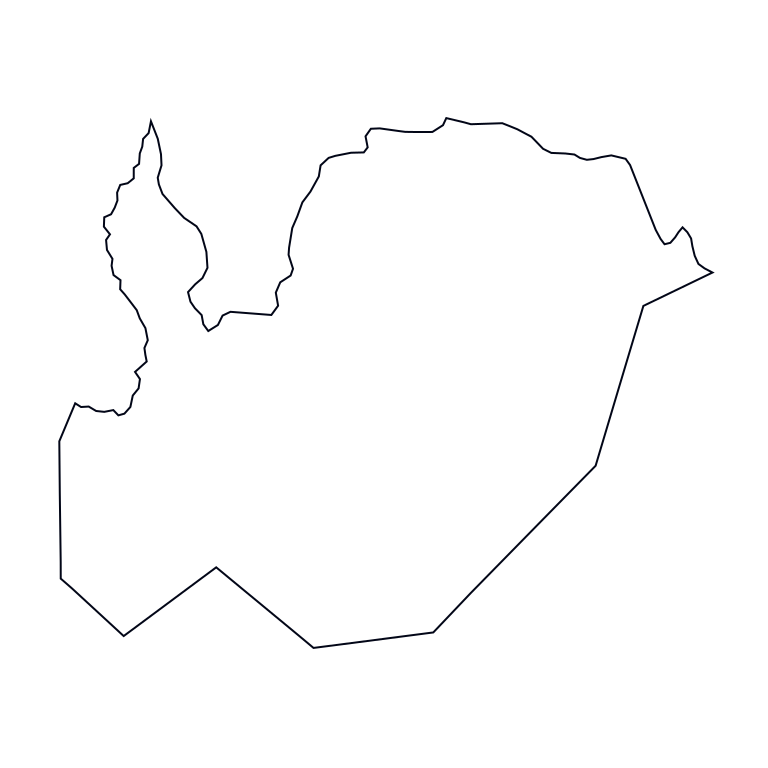 Piancó, Paraíba, Brazil (Robinson projection), rotated 4°
{"feature_id": "56859067B93883215672423", "entity_name": "Piancó", "entity_type": "district", "adm_level": 2, "iso_a3": "BRA", "parent_name": "Brazil", "parent_adm1": "Paraíba", "projection": "robinson", "projection_center": [-37.978, -7.2], "detail": "fine", "context": "isolated", "style": "outline", "palette": "ink", "viewbox_px": 768, "rotation_deg": 4, "n_neighbors": 0, "source": "geoboundaries", "source_scale": "gbopen_adm2", "svg_char_len": 1901}
<svg xmlns="http://www.w3.org/2000/svg" viewBox="0 0 768 768"><g transform="rotate(4 384 384)"><path d="M64.1,463.8L68.2,515.6L73.9,584.1L75.1,600.7L86.9,609.6L141.9,653.6L229.4,578.6L316.5,640.9L332.1,652.2L345.1,649.6L450.5,628.4L485.0,586.6L552.3,507.6L600.8,450.8L618.6,371.2L637.3,288.0L703.9,249.9L695.7,246.3L689.3,242.3L685.0,234.4L682.0,225.0L680.2,217.4L676.0,211.4L670.9,206.9L667.2,212.0L664.2,217.4L659.8,223.2L654.1,225.0L649.8,220.0L644.3,211.3L614.2,148.4L609.3,142.5L594.8,140.1L585.0,142.5L577.3,145.0L570.7,146.2L563.7,144.8L558.0,141.8L548.8,141.4L534.8,141.8L526.3,138.3L513.9,127.1L506.0,123.6L499.3,120.6L491.7,118.1L483.8,115.6L452.6,118.8L445.7,117.4L427.6,114.4L424.8,121.7L414.7,129.2L399.9,130.3L387.6,131.0L380.9,130.6L361.9,129.3L353.1,130.3L348.3,138.2L351.2,149.1L347.7,154.4L335.0,155.6L319.5,159.8L313.0,162.3L305.5,170.3L304.5,181.5L297.2,197.2L289.9,208.5L285.8,222.9L281.6,234.8L279.8,254.6L279.8,261.8L285.2,275.4L283.3,282.3L273.4,289.8L269.7,300.4L272.9,313.3L266.8,323.0L225.8,322.7L218.2,327.0L214.2,336.7L205.0,343.4L199.6,337.0L197.3,328.0L190.1,321.6L185.2,315.4L182.1,306.0L188.7,297.7L195.5,291.0L199.8,280.4L197.6,264.6L191.3,247.0L186.0,239.8L173.1,232.3L163.1,223.2L149.8,209.9L145.5,200.6L143.9,194.0L146.8,181.4L145.5,170.3L141.2,155.1L133.2,138.2L131.7,150.1L126.6,156.3L126.3,164.1L124.3,171.0L124.3,181.5L119.3,185.9L120.0,196.3L114.3,201.6L107.0,203.8L104.4,211.7L105.3,219.5L103.1,226.8L99.9,233.7L93.3,237.2L93.6,246.6L100.2,253.8L96.7,259.7L98.3,269.6L104.4,278.1L104.0,285.1L106.6,294.2L113.9,298.8L114.2,307.9L119.0,312.6L126.5,321.1L132.2,327.6L135.8,335.6L142.1,344.9L145.3,356.8L142.5,364.8L143.9,371.5L145.7,378.1L134.8,389.3L140.2,396.1L139.5,405.5L134.2,413.0L132.6,424.6L127.1,431.7L121.2,433.8L115.8,428.9L106.9,431.3L98.7,431.0L91.0,427.1L83.4,428.1L77.3,424.8L64.1,463.8Z" fill="none" stroke="#020617" stroke-width="2"/></g></svg>